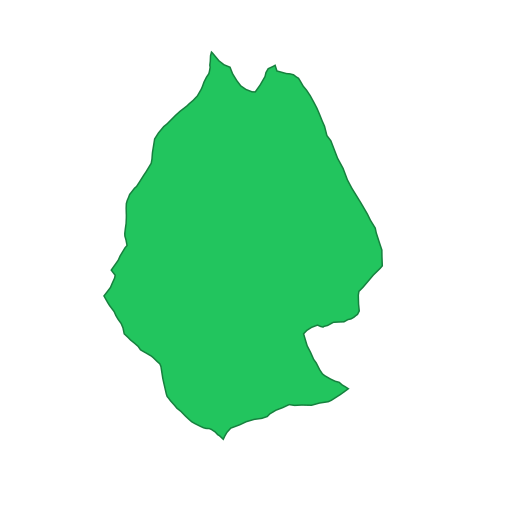 the district of Erbil, Arbil, Iraq, rotated 210°
{"feature_id": "34846034B81757937090155", "entity_name": "Erbil", "entity_type": "district", "adm_level": 2, "iso_a3": "IRQ", "parent_name": "Iraq", "parent_adm1": "Arbil", "projection": "natural_earth1", "projection_center": [44.002, 36.09], "detail": "fine", "context": "isolated", "style": "filled", "palette": "green", "viewbox_px": 512, "rotation_deg": 210, "n_neighbors": 0, "source": "geoboundaries", "source_scale": "gbopen_adm2", "svg_char_len": 2655}
<svg xmlns="http://www.w3.org/2000/svg" viewBox="0 0 512 512"><g transform="rotate(210 256 256)"><path d="M109.7,187.2L113.7,187.4L116.8,187.4L118.8,187.8L120.8,188.2L124.9,187.1L130.0,186.7L133.5,186.7L136.6,186.7L139.5,187.1L143.8,189.2L150.4,193.5L154.4,195.3L160.7,199.9L166.8,203.8L169.9,206.7L175.9,212.4L174.8,217.0L172.2,222.0L169.9,224.8L168.2,226.9L164.7,227.3L162.4,228.0L161.9,229.1L159.3,231.6L155.8,237.3L150.9,240.5L146.9,243.0L144.6,246.9L142.3,249.0L140.6,251.9L139.7,254.4L138.9,256.1L139.1,260.0L143.2,265.7L147.8,273.2L149.2,276.8L147.7,282.5L145.8,293.0L144.9,298.1L142.3,307.4L141.7,310.6L146.6,318.4L150.0,324.1L155.2,328.7L163.5,336.2L166.7,339.8L174.7,344.1L180.5,348.0L191.7,354.4L206.9,362.6L214.9,367.6L224.4,375.4L234.2,381.4L245.7,390.7L248.8,393.2L254.8,395.7L261.5,402.6L266.3,406.1L271.9,410.5L277.1,414.4L282.6,417.9L289.0,421.8L295.0,424.8L300.1,426.7L305.3,429.7L308.1,431.2L310.5,431.2L314.1,431.7L317.7,430.7L320.8,429.2L330.4,426.7L334.8,430.7L336.0,428.7L339.1,424.3L339.1,419.9L337.9,415.9L337.9,412.5L337.9,406.1L338.7,397.7L341.5,396.2L347.9,395.2L354.2,395.7L360.2,398.2L367.4,402.1L372.9,406.5L379.3,405.6L385.7,406.5L395.2,410.0L396.5,410.3L395.5,406.7L392.9,401.7L391.4,398.2L390.0,396.4L388.6,392.5L388.0,390.3L388.3,386.1L388.0,380.7L387.1,375.7L386.8,372.9L386.8,369.3L386.8,365.1L387.4,362.9L388.2,359.4L390.0,354.4L390.8,351.5L394.0,343.7L396.0,337.6L399.1,325.9L400.6,322.0L402.0,313.8L402.3,306.7L400.8,302.8L397.7,294.6L397.1,293.2L394.5,287.8L393.1,283.9L393.3,273.9L393.6,269.7L393.9,261.8L394.2,256.5L395.1,254.0L395.6,250.1L396.2,246.2L395.6,242.6L395.3,239.8L394.5,236.6L392.4,232.6L389.6,228.0L388.7,226.6L387.3,224.1L384.7,219.1L383.0,214.8L380.9,209.9L379.5,207.7L376.6,204.9L372.9,200.6L373.5,197.8L373.7,188.2L373.2,183.5L374.3,171.4L368.3,168.9L367.4,166.1L366.8,160.0L366.3,156.1L367.1,149.7L367.7,145.4L361.1,141.5L357.9,139.8L351.0,136.9L347.6,134.4L343.9,132.3L339.0,130.1L335.3,127.3L331.2,122.7L326.4,121.6L322.6,120.5L318.0,119.8L312.9,118.8L309.1,117.0L296.5,117.0L294.2,116.6L288.8,115.2L285.3,114.5L283.0,112.7L275.6,103.5L272.7,100.3L268.7,96.0L264.7,91.7L262.7,89.9L260.7,89.2L257.5,87.8L252.0,86.0L248.3,84.6L243.4,83.9L237.1,82.1L232.3,81.0L228.8,80.3L225.4,80.3L218.8,80.7L215.6,81.0L213.0,81.7L210.2,83.2L207.9,83.5L203.3,83.2L199.8,82.1L197.8,82.1L192.7,80.9L193.0,84.4L193.0,88.7L191.8,94.3L185.7,101.7L181.6,107.6L175.9,113.6L169.8,118.3L166.0,122.6L165.1,126.2L161.6,132.5L160.2,134.2L157.1,138.0L153.0,143.9L147.9,145.9L141.9,149.8L133.3,154.5L127.5,160.4L120.5,166.0L118.6,168.7L113.5,178.6L109.7,187.2Z" fill="#22c55e" stroke="#15803d" stroke-width="1.5"/></g></svg>